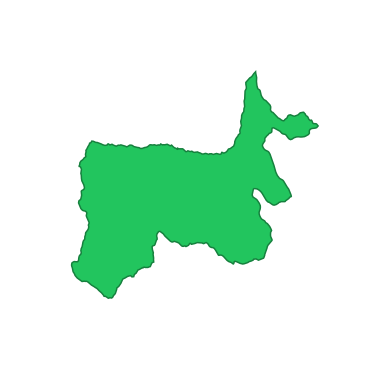 outline of Sacama, Casanare, Colombia, rotated 332°
{"feature_id": "7082276B28125615795996", "entity_name": "Sacama", "entity_type": "district", "adm_level": 2, "iso_a3": "COL", "parent_name": "Colombia", "parent_adm1": "Casanare", "projection": "equal_earth", "projection_center": [-72.205, 6.05], "detail": "fine", "context": "isolated", "style": "filled", "palette": "green", "viewbox_px": 384, "rotation_deg": 332, "n_neighbors": 0, "source": "geoboundaries", "source_scale": "gbopen_adm2", "svg_char_len": 6074}
<svg xmlns="http://www.w3.org/2000/svg" viewBox="0 0 384 384"><g transform="rotate(332 192 192)"><path d="M68.6,246.7L69.8,246.7L71.1,247.8L72.3,247.8L74.4,246.4L75.5,246.2L76.9,245.4L79.6,242.8L80.5,241.5L83.2,240.9L86.4,239.2L89.4,236.8L90.5,236.3L92.2,236.5L95.5,236.3L97.4,236.7L98.6,237.1L99.0,238.6L99.2,238.8L100.8,239.4L102.0,238.1L102.8,237.7L104.6,237.4L107.7,235.5L109.3,235.7L112.1,235.6L113.1,236.0L113.5,235.7L114.8,236.1L115.3,236.7L117.6,237.9L119.3,238.0L119.7,238.3L120.5,238.0L122.3,236.5L123.8,235.6L125.3,235.9L126.4,233.4L127.1,232.3L128.5,228.5L129.3,227.6L130.0,224.3L130.9,222.0L131.2,221.5L131.6,221.3L132.2,221.2L133.8,221.4L134.6,221.0L137.9,217.9L139.1,217.3L139.7,215.9L139.9,214.9L140.3,213.9L141.4,212.6L143.9,211.3L144.5,211.4L145.3,211.8L147.0,215.4L147.4,218.2L149.9,225.5L150.9,226.8L151.8,227.1L153.2,227.2L155.1,229.2L156.4,230.8L157.4,234.3L157.9,235.3L158.8,235.9L160.4,236.2L160.8,237.1L161.5,237.4L163.9,237.4L165.4,236.6L166.2,236.4L166.8,236.9L166.8,237.7L167.0,237.9L170.3,238.8L172.8,239.1L177.1,241.8L177.7,242.8L178.3,243.1L180.6,243.2L181.0,243.5L181.8,245.6L181.9,248.0L182.4,249.2L183.6,250.5L184.5,251.0L185.2,252.3L185.5,254.4L185.7,260.2L186.0,260.5L187.5,261.0L188.6,261.8L189.5,263.5L190.8,268.7L191.7,270.6L193.5,272.6L194.6,274.9L195.2,274.8L196.6,273.4L197.4,273.3L198.9,274.8L201.0,277.6L203.0,279.4L204.6,279.9L208.1,280.5L209.6,280.3L212.3,280.8L214.2,280.8L214.9,280.3L217.2,281.2L218.7,283.4L224.0,284.0L224.5,283.8L226.3,282.2L226.8,281.4L231.9,276.7L232.7,275.7L234.0,274.7L239.9,272.3L240.3,271.6L240.5,268.5L241.0,267.0L242.4,264.6L244.2,263.3L244.4,261.0L244.4,258.8L243.7,255.3L242.7,253.6L242.6,251.7L240.8,248.6L240.6,247.9L240.6,245.2L241.0,242.9L241.8,241.3L244.2,239.0L245.2,237.6L245.9,236.1L246.1,233.5L245.7,229.5L245.4,228.6L243.5,225.1L243.7,222.9L247.5,218.3L248.3,218.1L250.1,219.2L251.1,220.1L252.1,221.8L252.9,223.8L253.3,226.0L253.7,234.4L254.5,236.7L255.3,237.3L257.1,240.9L257.6,241.6L258.5,242.2L260.4,242.6L262.9,242.4L263.7,242.1L266.2,242.4L269.0,243.9L269.8,244.1L270.6,243.7L274.4,243.2L275.8,242.5L277.4,242.6L277.7,242.4L278.1,240.6L278.7,235.0L278.3,232.0L278.0,225.5L277.8,224.5L277.5,223.8L275.7,221.1L275.1,217.6L275.3,213.8L276.8,207.0L278.6,195.4L278.6,194.2L278.5,192.7L278.0,191.6L276.5,189.6L275.9,188.2L275.7,186.5L275.8,184.6L276.1,183.9L277.1,182.8L280.3,181.1L281.5,178.8L284.8,177.4L286.4,177.1L287.5,176.5L289.1,176.7L290.0,176.6L290.7,176.3L292.5,173.3L293.9,173.4L294.7,174.3L298.2,179.6L298.9,182.3L299.5,183.3L301.4,185.0L301.7,185.6L302.4,190.0L302.7,190.8L303.6,192.0L305.2,192.3L307.3,192.0L310.0,192.4L311.7,193.1L314.0,194.6L315.4,195.2L317.3,195.9L318.9,196.0L321.8,195.9L323.2,195.2L324.2,193.2L325.3,192.3L326.0,192.1L327.6,192.2L331.0,193.5L332.3,193.7L334.4,192.9L334.0,190.8L333.6,190.0L331.4,188.6L331.0,187.8L331.3,185.4L331.2,184.7L330.9,184.4L329.9,184.4L329.5,183.3L329.3,182.5L329.5,180.2L329.3,179.3L328.6,178.4L328.5,177.4L328.6,176.1L328.3,175.6L328.1,174.2L327.7,173.8L324.7,172.9L321.7,173.7L318.1,173.2L317.2,172.5L315.2,170.1L313.7,169.6L312.4,169.8L310.6,171.2L308.2,171.6L306.7,172.2L306.1,172.0L304.9,170.8L303.8,168.3L302.9,167.3L300.8,159.8L300.0,158.8L299.7,157.6L299.9,156.2L301.0,154.6L301.5,153.6L301.7,151.9L300.1,146.0L299.0,144.4L298.7,143.7L298.4,140.6L298.5,139.0L299.5,135.3L299.7,134.2L299.4,133.2L298.8,132.3L298.6,131.6L299.3,128.4L300.8,124.7L302.8,121.3L304.0,117.1L304.6,115.7L302.2,116.5L298.9,118.2L296.5,118.4L291.0,120.5L290.1,122.3L289.4,124.5L288.6,126.1L286.3,127.7L282.3,134.5L280.7,136.2L278.6,141.3L277.1,142.7L275.5,145.3L273.3,146.4L271.8,147.7L270.3,150.2L268.2,152.5L267.4,154.6L266.8,156.7L263.6,159.6L262.8,160.8L262.2,162.5L261.4,163.0L259.9,163.2L259.0,164.0L256.4,165.2L255.3,165.9L253.5,167.5L252.5,169.1L250.4,171.0L246.2,171.6L244.4,171.2L241.9,172.5L240.6,172.8L238.9,172.7L238.0,172.4L237.6,171.5L236.8,171.0L235.7,172.0L234.3,171.9L231.7,169.5L228.4,168.8L227.1,167.3L225.3,166.5L224.5,166.7L222.3,164.4L221.6,164.1L220.2,163.9L219.3,163.5L218.5,162.9L217.8,161.7L216.4,160.3L215.8,159.3L212.7,158.1L212.0,157.6L211.0,155.9L209.7,155.6L209.0,155.1L207.7,153.7L206.3,153.8L205.5,153.5L204.4,150.2L204.0,149.5L200.5,147.6L200.0,146.7L199.4,147.5L199.1,147.4L198.3,145.8L197.3,144.8L196.5,142.9L196.0,141.0L195.8,140.9L194.8,141.1L194.4,140.9L192.5,138.2L190.0,137.5L189.1,136.9L188.1,136.6L186.9,134.9L185.5,135.5L184.2,134.5L182.8,134.4L180.9,132.6L179.4,132.1L177.5,130.8L176.6,130.6L174.6,131.1L172.7,131.1L171.5,130.6L168.4,130.1L167.1,129.4L166.5,128.8L166.1,128.0L164.8,127.1L162.1,124.7L161.1,122.8L160.1,121.9L159.0,121.4L156.6,121.6L155.5,121.4L154.5,120.1L151.3,117.0L150.1,116.8L148.8,116.0L146.6,116.0L144.7,113.8L143.8,112.3L141.6,111.9L140.8,110.3L140.1,110.1L139.0,110.7L137.0,110.0L135.3,108.3L134.6,107.2L131.6,103.8L130.3,103.0L128.7,100.9L127.4,100.0L125.9,101.0L124.5,100.8L123.8,101.7L121.0,103.4L119.3,104.7L118.4,105.1L117.8,105.6L117.2,107.0L116.4,107.8L115.6,108.8L114.8,111.0L112.7,111.3L111.2,112.1L108.3,112.6L106.7,113.6L105.7,115.1L104.5,116.1L104.4,116.5L105.1,117.1L105.3,117.6L105.1,120.0L102.6,123.4L102.1,125.3L100.7,128.3L100.0,130.5L99.8,135.0L99.1,137.6L98.3,138.6L96.8,139.0L95.5,139.0L94.6,139.3L93.0,143.1L91.0,145.5L90.1,146.3L88.3,146.6L87.8,146.9L86.7,148.4L86.1,154.5L86.4,155.9L87.1,157.3L88.5,158.5L89.0,159.2L89.4,160.4L89.2,161.3L87.6,163.2L87.3,164.3L86.9,169.9L86.7,171.0L86.4,171.4L85.4,172.1L84.9,172.7L84.6,174.0L84.2,174.7L82.8,176.2L79.1,178.0L78.3,179.0L77.9,179.8L76.6,180.9L75.1,183.3L73.1,184.2L72.1,185.2L69.4,188.6L67.5,190.1L66.3,191.7L65.9,193.2L65.4,194.0L64.2,195.0L63.2,195.1L62.2,195.8L60.9,197.3L59.8,199.0L58.6,199.8L58.2,199.8L57.1,199.3L55.3,198.1L53.3,198.1L52.7,198.3L51.8,199.3L51.1,200.6L50.7,202.9L49.6,206.6L49.8,208.7L49.6,210.9L50.3,214.1L52.9,219.4L55.1,220.2L55.7,220.8L56.6,221.1L57.2,221.6L57.9,222.7L59.5,226.9L61.3,229.9L61.9,231.2L62.5,231.9L63.1,233.4L63.5,235.2L64.8,238.6L65.4,241.5L65.4,242.8L66.6,243.5L67.5,245.0L67.9,246.0L68.6,246.7Z" fill="#22c55e" stroke="#15803d" stroke-width="1.5"/></g></svg>